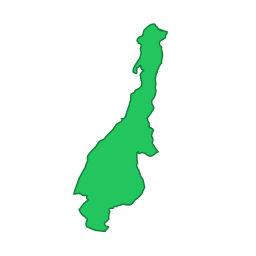 Cesar, Natural Earth projection, rotated 195°
{"feature_id": "COL-1414", "entity_name": "Cesar", "entity_type": "Department", "adm_level": 1, "iso_a3": "COL", "parent_name": "Colombia", "parent_adm1": "", "projection": "natural_earth1", "projection_center": [-73.578, 9.272], "detail": "fine", "context": "isolated", "style": "filled", "palette": "green", "viewbox_px": 256, "rotation_deg": 195, "n_neighbors": 0, "source": "natural_earth", "source_scale": "10m", "svg_char_len": 4783}
<svg xmlns="http://www.w3.org/2000/svg" viewBox="0 0 256 256"><g transform="rotate(195 128 128)"><path d="M163.3,50.3L163.2,51.3L163.3,52.6L162.1,67.3L159.1,79.1L159.1,81.8L158.6,84.4L158.6,85.8L159.0,87.5L159.5,88.7L159.7,90.0L159.3,91.7L157.4,96.0L154.3,101.7L152.8,106.2L152.2,107.5L151.3,108.6L149.0,110.3L148.1,111.2L147.0,114.1L142.4,122.0L140.4,127.8L139.7,129.1L138.7,130.2L136.5,131.9L135.8,133.2L135.8,134.7L136.6,135.3L137.4,135.2L134.8,135.9L134.3,136.2L133.2,138.5L133.4,141.0L132.7,150.3L132.9,153.0L132.9,153.5L132.5,155.4L133.3,158.7L133.8,160.3L133.8,161.0L133.5,161.7L132.7,162.6L131.2,163.6L130.9,164.0L130.7,164.5L130.9,165.1L130.9,165.6L130.7,166.1L130.1,166.8L128.0,168.7L127.2,169.6L126.8,170.2L126.4,170.9L126.1,171.7L125.9,172.6L125.9,173.4L125.9,174.0L126.5,175.6L128.1,178.4L129.2,181.4L129.6,181.6L130.0,182.5L129.3,185.3L127.9,187.2L127.8,187.6L128.0,188.0L128.3,188.0L129.3,188.1L129.7,188.2L130.1,188.5L130.4,188.9L131.3,189.6L131.5,191.1L131.7,191.5L132.1,191.8L132.4,191.5L132.9,190.5L133.2,190.0L135.0,188.4L134.6,185.9L134.5,185.6L134.1,184.8L133.9,183.7L133.9,183.4L134.2,182.9L134.7,182.8L135.5,182.9L136.8,183.1L137.5,183.6L137.8,184.0L138.0,187.0L137.2,191.2L136.3,193.5L135.8,195.5L135.2,196.9L134.8,198.2L134.6,199.7L134.8,205.0L135.6,205.5L136.5,207.8L136.5,208.3L136.6,208.9L136.5,210.6L136.7,211.5L137.5,212.4L140.0,212.7L140.8,214.0L141.3,214.3L141.5,214.3L141.7,214.5L141.9,214.8L141.9,215.4L141.9,216.2L141.6,217.2L140.9,218.3L140.4,219.0L139.7,219.6L138.6,220.1L138.2,220.5L137.9,221.3L137.7,222.5L137.9,224.9L137.8,226.3L137.6,226.9L137.3,227.5L136.0,229.5L135.5,230.5L134.9,231.3L134.3,232.2L133.4,233.1L132.3,234.0L130.5,234.9L129.8,235.2L129.2,235.1L128.6,234.8L127.5,233.7L127.1,233.5L126.5,233.3L126.0,233.1L125.5,232.7L124.9,231.8L124.4,231.4L123.8,231.2L121.7,230.7L121.4,230.7L122.3,231.4L115.0,230.9L115.0,229.0L115.3,228.6L115.6,227.8L115.6,227.2L115.5,226.5L115.3,225.6L115.4,224.9L115.7,224.3L116.6,223.1L116.9,222.8L117.7,222.3L119.3,220.7L119.7,219.5L119.7,218.3L119.3,217.2L119.1,216.9L119.0,216.6L118.6,216.2L118.4,216.0L117.9,215.5L117.8,215.3L117.5,215.2L117.1,215.2L116.8,215.1L116.6,214.8L116.3,214.4L116.3,213.2L113.8,208.3L113.4,206.9L113.3,206.0L113.0,202.7L113.1,202.0L112.9,201.4L112.7,200.2L112.4,199.6L112.4,199.2L112.5,198.9L113.1,198.3L113.2,198.1L113.3,197.4L113.8,196.0L113.9,195.3L114.0,193.5L113.9,193.3L114.1,192.7L114.6,191.9L114.8,191.4L114.6,190.7L114.2,190.1L114.1,189.4L114.6,188.5L114.8,187.4L114.4,182.7L114.0,181.1L112.7,178.4L112.4,176.9L112.4,174.6L112.2,173.8L111.2,172.3L110.8,171.6L110.5,170.3L110.4,165.9L110.6,164.5L111.7,162.0L112.0,160.6L111.7,158.7L111.0,157.4L109.0,155.3L108.1,153.9L109.6,148.4L110.2,147.2L110.8,145.2L112.2,142.6L110.8,140.3L109.0,138.4L108.3,136.9L108.0,135.6L107.9,134.3L107.6,133.9L107.2,133.9L106.8,134.0L106.3,134.1L104.0,133.5L103.3,133.1L103.0,132.7L102.8,132.2L102.8,131.9L102.8,131.6L102.8,131.3L103.1,130.9L103.3,130.6L103.4,130.3L103.4,130.0L103.4,129.5L103.3,128.9L103.2,126.5L103.0,126.0L102.6,125.6L102.1,125.2L101.6,124.7L100.9,123.3L100.6,119.5L99.6,118.4L98.4,117.7L95.9,115.0L92.7,112.8L94.4,111.4L97.2,107.7L98.2,107.0L99.1,106.6L100.4,106.4L100.8,106.5L101.3,106.6L101.9,106.8L102.8,106.9L103.3,107.0L104.1,107.7L104.6,108.0L106.7,108.0L107.1,108.0L107.8,108.1L108.3,107.8L110.7,106.2L111.1,106.1L111.4,106.3L111.7,106.7L111.8,107.0L112.1,107.5L113.1,106.2L111.2,99.7L109.7,96.6L110.1,95.5L110.1,95.0L109.8,93.2L107.3,90.5L106.7,90.0L103.4,84.8L102.4,83.8L101.5,83.2L100.8,82.7L100.2,81.9L98.7,79.1L96.8,75.5L96.7,74.7L96.7,73.8L96.9,73.0L97.3,70.9L97.7,67.7L98.7,66.2L99.3,64.7L99.9,63.9L100.8,62.5L102.6,60.3L103.1,59.3L103.7,57.6L104.2,56.4L105.3,55.1L106.1,54.4L106.8,54.0L108.9,53.5L109.6,53.3L110.2,53.3L110.6,53.3L111.1,53.5L111.7,53.6L113.9,52.8L116.0,51.0L116.8,50.8L117.7,50.4L118.5,49.3L119.1,49.0L119.8,49.0L120.6,48.8L121.0,48.4L121.4,47.3L121.6,46.7L122.0,46.5L123.7,46.0L125.0,45.3L125.4,44.6L125.4,44.0L124.9,43.4L124.4,43.1L124.0,42.7L123.9,42.2L124.1,41.1L124.1,40.1L123.8,37.6L123.5,36.6L122.9,35.4L124.5,32.1L125.2,31.3L126.0,29.9L125.8,29.1L125.2,28.3L124.3,27.8L123.4,27.5L122.4,27.4L121.6,27.5L121.1,27.2L121.5,26.2L123.3,22.9L123.4,22.2L132.3,20.8L136.0,21.0L137.3,21.3L138.9,21.4L141.0,21.9L141.9,21.8L142.7,22.4L143.4,23.5L143.7,24.6L143.9,26.4L143.9,27.2L143.6,28.1L143.5,28.8L144.0,29.8L145.6,30.3L147.2,31.4L148.9,31.9L151.3,33.5L153.5,35.7L154.1,36.7L153.4,37.8L153.1,38.6L152.6,40.2L151.8,41.3L151.2,43.6L150.4,44.2L149.2,46.6L148.6,47.0L148.2,47.6L147.9,48.4L149.0,48.9L149.7,49.7L150.0,50.7L150.3,51.9L150.9,52.2L151.8,51.9L152.8,51.4L153.9,51.2L154.8,51.4L155.8,51.9L156.6,52.1L157.7,52.1L158.7,52.0L159.7,51.7L161.9,50.6L163.3,50.3L163.3,50.3Z" fill="#22c55e" stroke="#15803d" stroke-width="1.5"/></g></svg>